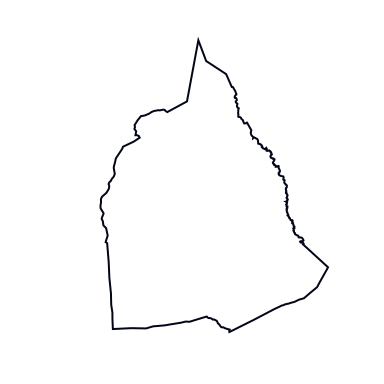 outline of Santiago Xiacuí, Oaxaca, Mexico, rotated 75°
{"feature_id": "50627088B71716696666560", "entity_name": "Santiago Xiacuí", "entity_type": "district", "adm_level": 2, "iso_a3": "MEX", "parent_name": "Mexico", "parent_adm1": "Oaxaca", "projection": "orthographic", "projection_center": [-96.402, 17.272], "detail": "fine", "context": "isolated", "style": "outline", "palette": "ink", "viewbox_px": 384, "rotation_deg": 75, "n_neighbors": 0, "source": "geoboundaries", "source_scale": "gbopen_adm2", "svg_char_len": 5785}
<svg xmlns="http://www.w3.org/2000/svg" viewBox="0 0 384 384"><g transform="rotate(75 192 192)"><path d="M336.9,192.1L336.4,189.5L331.4,165.0L326.4,142.8L325.2,136.0L324.9,134.9L325.0,132.9L324.6,131.2L324.8,127.3L324.6,124.6L324.7,121.8L323.7,116.4L323.6,111.4L319.4,102.6L316.3,95.8L312.3,92.1L302.6,82.6L299.9,80.1L271.5,98.2L271.4,97.8L271.3,97.6L271.0,97.5L270.5,97.6L270.0,97.9L269.7,98.2L269.4,99.0L268.8,100.2L268.0,100.5L267.8,100.3L267.7,99.6L267.9,98.5L268.2,97.8L267.8,96.9L266.5,96.9L266.0,97.1L264.4,97.9L263.4,100.7L262.6,100.5L261.4,101.0L260.9,102.0L259.8,103.0L259.2,103.4L258.3,103.2L257.7,103.8L256.0,103.7L255.8,104.0L255.5,104.0L255.3,103.5L254.6,103.5L253.7,103.6L253.8,103.2L253.7,102.6L253.3,102.6L253.0,102.4L252.5,102.1L252.3,102.3L251.9,102.2L251.8,102.6L251.2,102.6L250.8,102.5L250.4,102.6L250.1,102.5L249.7,102.5L249.3,102.5L248.7,102.9L248.4,102.7L248.3,102.9L248.1,102.6L247.6,102.5L247.3,102.9L246.8,103.1L246.2,102.6L245.6,102.2L245.2,102.4L245.1,102.7L245.2,103.2L244.8,103.9L244.3,104.1L243.9,104.0L243.1,104.2L242.7,104.2L242.5,104.7L242.1,104.6L241.8,104.8L241.5,104.8L241.1,104.8L240.8,105.0L240.6,104.9L240.4,105.1L240.2,105.0L239.7,105.2L239.4,105.6L239.1,105.2L238.6,104.9L238.2,105.2L237.4,105.3L236.6,105.4L236.2,105.1L235.8,105.2L235.4,105.5L234.9,105.4L234.2,105.3L233.9,105.0L233.5,104.8L232.9,105.1L232.4,104.8L232.1,104.4L232.0,104.0L231.3,103.8L231.2,104.1L230.7,103.8L230.6,104.2L230.3,104.4L230.0,104.2L229.6,104.3L229.4,104.1L229.1,104.0L228.7,103.9L228.4,104.1L228.2,103.7L227.9,103.3L227.4,103.4L227.2,103.3L226.9,103.4L226.6,103.3L226.5,103.0L226.2,103.1L225.9,103.4L226.0,102.9L225.8,102.7L225.6,102.9L225.6,102.6L225.4,102.4L225.2,102.4L224.9,102.1L224.6,102.2L224.5,101.9L224.3,101.7L224.2,101.8L223.8,101.5L223.2,101.5L222.9,101.8L222.6,101.9L222.3,102.2L221.8,102.1L221.5,101.8L221.1,101.3L220.7,100.9L220.3,100.7L219.9,100.9L219.4,100.6L218.8,100.9L218.2,100.9L217.7,101.4L217.3,101.1L217.1,101.4L216.6,101.4L215.9,101.0L215.7,100.7L214.9,100.6L214.5,100.8L213.4,100.6L213.2,100.3L212.5,100.2L212.2,99.5L211.8,99.1L211.0,98.9L210.3,98.8L210.1,98.7L209.2,99.5L208.4,99.6L207.8,100.2L206.5,100.4L206.1,100.1L205.6,100.0L204.6,99.5L203.6,100.6L202.0,99.8L200.7,99.7L199.9,101.2L199.3,102.3L198.3,103.4L197.7,103.3L197.0,103.7L195.7,103.1L195.8,102.5L195.1,102.0L194.6,101.6L193.9,101.6L193.2,101.8L192.9,101.7L190.6,102.2L189.8,101.6L189.2,101.7L189.1,102.0L189.5,102.6L189.4,103.4L189.4,104.2L189.3,104.6L188.3,104.2L187.8,104.5L187.5,105.3L187.2,105.2L186.9,105.6L186.6,105.4L186.1,105.6L185.8,106.1L185.6,106.2L185.2,106.3L184.8,106.3L184.5,106.3L184.2,106.0L183.9,105.7L183.6,105.2L182.5,104.3L182.2,104.3L182.1,104.0L181.6,104.1L181.4,104.0L181.2,104.2L181.0,104.7L180.7,104.8L180.7,105.2L180.4,105.2L180.1,105.7L180.1,105.9L179.9,106.1L179.7,106.4L179.4,106.8L179.1,107.0L178.8,107.0L178.4,107.0L177.9,107.0L177.7,107.0L177.5,106.7L177.3,106.5L177.1,106.1L177.0,105.9L176.7,105.9L176.7,105.6L176.5,105.4L176.4,105.3L176.2,105.5L176.0,105.4L175.9,105.3L175.6,105.4L175.6,105.2L175.1,105.3L174.7,105.4L174.3,105.4L174.0,105.6L173.9,105.4L173.5,105.5L173.2,105.7L172.8,105.8L172.6,106.2L172.3,106.7L171.9,106.7L171.8,107.3L171.7,108.2L171.8,108.6L171.5,109.1L170.9,108.7L170.6,108.8L169.5,108.6L168.6,108.9L169.7,110.3L168.4,111.7L168.2,112.1L167.7,112.3L166.8,112.9L166.2,112.3L165.1,112.6L165.1,112.9L164.3,113.0L163.5,113.5L163.2,114.5L162.8,114.6L162.4,115.5L161.5,115.4L159.8,115.0L158.4,115.0L157.7,115.3L156.4,116.7L155.4,117.7L155.9,119.0L155.0,118.6L154.9,118.6L153.0,119.7L152.0,120.0L150.8,120.0L149.9,119.9L149.5,119.7L147.7,118.7L146.8,118.9L145.4,119.3L139.2,120.9L139.2,121.0L139.3,121.5L139.6,122.0L139.5,122.7L139.3,123.2L139.3,123.5L139.3,123.8L139.0,123.9L138.6,124.0L138.1,124.1L137.7,124.1L137.3,124.2L136.7,124.2L136.2,124.2L135.5,124.4L135.1,124.8L133.8,125.5L133.0,125.5L132.4,125.9L131.9,126.5L131.8,126.9L131.7,127.3L131.3,127.8L130.8,127.8L129.2,127.1L127.8,127.1L126.3,126.5L124.5,126.0L124.1,125.7L123.4,125.2L123.0,125.3L122.9,125.3L122.4,126.1L121.3,126.4L120.4,126.3L118.8,125.4L118.7,125.3L118.2,125.5L117.3,126.1L117.2,126.2L116.6,126.4L116.3,126.5L115.8,126.3L115.5,125.8L115.2,125.3L115.1,125.2L114.8,124.9L114.7,124.9L114.1,124.8L113.3,124.9L112.8,125.1L112.6,125.2L112.5,125.3L112.5,125.7L112.3,126.2L112.0,126.3L111.7,126.3L111.0,126.1L110.7,125.8L110.5,125.7L109.9,125.0L109.7,124.8L109.5,124.3L109.4,124.0L109.1,123.8L108.5,123.8L107.6,124.0L107.2,124.0L105.7,124.1L105.1,124.3L103.7,124.7L102.2,125.0L101.2,125.4L100.9,126.1L100.8,126.4L87.0,128.5L69.2,144.4L47.1,146.6L103.2,173.4L108.4,195.2L106.9,196.6L105.7,197.1L105.0,198.3L104.8,202.2L104.3,203.0L104.1,205.5L103.9,207.6L104.1,208.9L104.2,210.1L105.4,213.8L105.5,215.7L105.8,216.6L105.8,219.0L105.5,221.6L108.6,225.9L112.6,230.2L114.4,230.2L116.2,231.3L118.9,230.2L122.5,231.9L122.8,230.6L124.1,228.9L126.0,228.5L128.2,235.1L128.3,235.4L130.4,246.9L132.2,248.2L139.9,256.9L143.3,258.6L147.2,260.9L148.8,261.4L154.5,261.9L156.9,263.6L158.4,265.8L160.4,267.7L161.4,269.5L162.7,270.5L164.0,270.3L166.1,270.8L167.6,271.7L170.6,274.8L173.2,280.0L175.2,281.8L178.7,282.6L180.9,283.7L183.7,284.5L184.6,284.4L189.7,282.9L190.8,283.6L193.8,285.9L194.7,286.2L197.0,285.7L201.3,286.2L204.7,284.3L212.2,284.7L218.0,288.4L219.4,287.2L238.1,290.6L253.4,294.0L269.3,296.6L279.9,299.2L287.9,300.1L294.4,301.8L303.9,303.9L307.8,285.9L311.9,271.6L311.7,264.4L313.8,252.7L314.2,248.1L315.4,236.4L315.5,231.7L316.7,228.0L316.1,210.9L316.2,209.9L317.2,209.5L318.1,208.5L318.5,207.1L319.3,205.9L320.7,204.8L320.8,203.7L322.8,201.5L323.6,201.2L325.6,201.0L326.9,200.0L329.1,199.2L330.0,198.8L330.5,198.1L330.8,196.7L331.9,195.7L333.1,193.9L334.6,191.3L335.0,191.7L336.0,192.0L336.9,192.1Z" fill="none" stroke="#020617" stroke-width="2"/></g></svg>